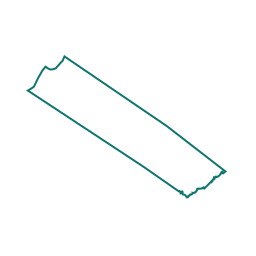 Ngchesar, Ngchesar, Palau, rotated 25°
{"feature_id": "81905179B12873332240665", "entity_name": "Ngchesar", "entity_type": "district", "adm_level": 2, "iso_a3": "PLW", "parent_name": "Palau", "parent_adm1": "Ngchesar", "projection": "robinson", "projection_center": [134.605, 7.473], "detail": "fine", "context": "isolated", "style": "outline", "palette": "teal", "viewbox_px": 256, "rotation_deg": 25, "n_neighbors": 0, "source": "geoboundaries", "source_scale": "gbopen_adm2", "svg_char_len": 2040}
<svg xmlns="http://www.w3.org/2000/svg" viewBox="0 0 256 256"><g transform="rotate(25 128 128)"><path d="M27.3,107.4L26.1,112.2L25.4,121.4L25.3,130.2L23.8,132.9L21.4,136.4L158.6,156.6L200.6,163.9L200.9,163.4L201.3,163.3L202.3,163.8L202.6,164.2L202.9,164.7L203.2,165.0L203.5,164.7L203.5,164.4L203.5,163.0L203.9,162.6L204.5,162.9L204.8,163.4L205.0,164.1L205.4,164.7L205.6,165.0L206.2,165.0L207.0,164.7L207.8,164.6L208.7,164.9L209.3,165.2L210.2,165.8L210.7,166.0L211.5,165.4L211.4,164.4L211.5,164.4L212.0,163.9L212.1,163.4L212.0,163.2L212.2,162.6L212.4,162.7L212.6,162.2L213.0,162.0L213.1,161.8L213.1,161.6L213.5,161.5L213.7,161.3L214.0,160.8L214.2,159.9L214.2,159.6L214.0,159.4L214.4,159.3L214.8,159.2L215.1,158.8L215.5,158.7L215.7,158.3L216.0,158.3L216.1,158.0L216.2,157.8L216.2,157.6L216.4,157.3L216.6,156.6L216.5,156.3L216.7,156.0L216.8,155.4L216.8,155.2L216.7,154.6L216.7,154.4L216.5,154.2L216.9,153.9L217.0,153.6L217.1,153.3L217.6,153.4L217.9,153.0L218.4,152.8L218.7,152.7L218.8,152.6L219.3,152.4L219.6,152.3L220.5,151.3L220.8,151.2L221.1,150.5L221.4,150.5L221.7,149.8L222.2,149.8L222.5,149.7L222.5,150.0L222.3,150.4L222.2,150.4L222.2,150.7L222.7,150.7L225.9,141.8L226.4,142.0L226.9,140.9L226.3,140.6L227.0,138.3L227.5,138.4L227.9,137.5L227.5,137.1L227.6,136.7L227.1,136.5L226.8,136.5L226.8,136.2L227.0,136.2L227.5,136.3L227.8,135.7L227.9,135.9L228.2,135.6L228.7,135.2L228.8,135.0L229.1,135.0L229.2,134.7L229.4,134.7L230.2,133.8L230.3,133.4L230.9,132.4L231.0,132.0L231.1,131.6L231.2,131.3L231.3,131.1L231.2,130.7L231.4,130.5L231.4,130.2L231.5,129.8L231.6,129.4L231.4,129.1L231.3,128.8L231.5,128.6L231.6,128.3L231.8,128.4L232.0,128.5L232.1,128.3L232.2,128.6L232.3,128.8L232.5,128.9L232.7,129.0L232.9,129.0L233.1,128.8L233.3,128.8L233.3,128.6L233.7,128.3L233.7,128.0L233.8,127.9L234.0,127.7L234.2,127.1L234.3,126.9L234.2,126.7L234.6,126.2L162.5,109.9L40.2,90.0L40.3,95.0L39.6,96.6L37.4,104.0L37.4,104.3L36.4,105.4L34.7,106.9L32.9,107.8L31.3,107.8L29.7,107.8L27.4,107.2L27.3,107.4Z" fill="none" stroke="#0f766e" stroke-width="2"/></g></svg>